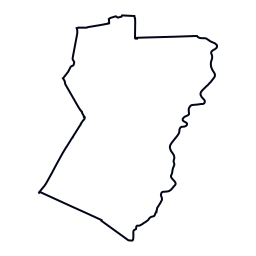 Amstelveen, Noord-Holland, Netherlands
{"feature_id": "6326949B86462259358438", "entity_name": "Amstelveen", "entity_type": "district", "adm_level": 2, "iso_a3": "NLD", "parent_name": "Netherlands", "parent_adm1": "Noord-Holland", "projection": "albers", "projection_center": [4.846, 52.286], "detail": "fine", "context": "isolated", "style": "outline", "palette": "ink", "viewbox_px": 256, "rotation_deg": 0, "n_neighbors": 0, "source": "geoboundaries", "source_scale": "gbopen_adm2", "svg_char_len": 5411}
<svg xmlns="http://www.w3.org/2000/svg" viewBox="0 0 256 256"><path d="M39.2,192.8L39.6,192.5L40.0,192.0L73.0,207.1L73.5,207.3L85.7,212.8L101.6,220.1L101.4,220.8L128.4,240.3L131.6,240.6L132.0,240.6L132.3,240.4L132.6,240.3L132.9,239.9L133.0,239.7L133.2,238.8L133.3,238.3L133.4,235.3L133.3,232.5L133.4,231.8L133.4,231.5L133.5,231.1L133.6,230.8L133.7,230.5L133.9,230.3L134.2,230.0L134.4,229.9L135.7,229.3L135.9,229.2L136.1,228.5L136.2,227.6L136.2,227.1L136.3,226.7L136.7,226.0L136.9,225.8L137.3,225.7L138.9,225.7L139.6,225.6L140.9,224.9L141.7,224.5L143.0,223.6L143.9,222.9L144.7,222.5L145.5,222.0L146.3,221.4L146.8,221.0L147.6,220.5L148.1,220.0L148.5,219.6L148.8,219.0L149.6,218.0L150.5,217.3L151.0,217.0L151.4,216.8L152.3,216.6L153.0,216.4L153.4,216.3L154.1,216.0L154.4,215.7L154.7,215.2L155.2,213.7L156.1,212.0L156.3,211.4L156.5,211.6L156.8,210.2L157.0,208.8L157.3,207.7L158.1,206.5L159.2,204.8L160.2,203.2L161.0,201.7L161.7,200.4L162.0,199.5L161.9,198.1L161.3,196.4L160.9,195.0L161.1,193.9L161.4,193.1L161.9,192.3L162.6,191.9L163.5,191.8L164.6,191.7L167.1,191.5L168.6,191.2L169.4,190.8L170.4,190.2L171.9,188.8L173.4,186.9L175.0,185.2L175.5,184.3L175.6,183.8L175.6,183.7L175.5,183.0L175.3,182.4L174.4,181.1L172.5,179.1L172.2,178.7L171.7,178.1L171.2,177.2L171.0,176.6L171.0,176.2L171.0,175.8L172.0,173.4L172.4,171.1L172.7,169.3L172.8,168.9L173.0,168.2L173.8,166.2L174.1,165.3L174.3,164.8L174.3,164.5L174.3,163.9L174.1,163.2L173.7,161.9L173.6,161.5L173.6,161.0L173.8,160.2L174.1,159.0L174.3,158.3L174.3,157.9L174.2,156.6L173.9,155.4L173.1,153.9L171.8,152.1L171.1,151.1L170.8,150.6L170.5,149.7L170.2,148.9L170.1,148.4L170.0,148.0L169.9,147.4L169.9,146.9L169.9,146.6L170.1,145.7L170.3,145.1L170.7,144.4L171.9,142.5L177.2,135.9L178.0,134.7L178.6,133.8L178.9,133.2L179.3,131.9L179.4,130.2L179.4,129.8L179.6,129.2L179.8,128.7L180.1,128.1L180.3,127.8L180.7,127.3L181.1,127.1L181.4,126.9L182.0,126.8L184.2,126.6L184.8,126.4L185.3,126.3L185.8,126.0L186.3,125.6L186.7,125.2L186.9,124.8L187.0,124.4L187.0,124.0L187.0,123.7L186.9,123.3L186.7,123.1L186.3,122.7L183.6,121.2L183.2,120.8L182.9,120.5L182.8,120.3L182.7,120.0L182.7,119.5L182.8,119.0L182.8,118.8L183.0,118.5L183.3,118.1L183.8,117.5L184.1,117.2L185.0,116.6L186.4,116.0L187.8,115.3L188.3,115.0L188.6,114.7L188.9,114.2L189.0,113.7L189.0,113.2L188.8,111.4L188.7,109.7L188.7,109.4L188.8,108.9L188.9,108.3L189.1,107.8L189.3,107.5L190.5,105.8L191.2,105.4L191.8,105.1L193.3,104.9L194.1,104.8L195.7,104.7L197.7,104.5L201.0,104.0L201.7,104.0L202.7,104.0L203.1,103.9L203.5,103.7L203.9,103.5L204.2,103.3L204.4,102.9L204.5,102.7L204.7,102.3L204.8,101.9L204.8,101.5L204.8,101.2L204.7,100.7L204.5,100.3L204.0,99.6L203.4,98.9L202.6,98.1L202.3,97.8L201.9,97.3L201.5,96.7L201.0,95.8L200.9,95.5L200.7,95.2L200.6,94.6L200.5,93.9L200.6,93.3L200.7,92.8L201.0,92.0L201.4,91.5L201.9,90.8L202.7,89.9L206.3,86.4L208.1,84.8L208.9,83.8L210.7,82.0L212.7,79.4L213.2,78.8L214.0,77.8L214.5,76.9L214.8,76.3L215.0,75.2L214.7,73.7L214.3,73.0L212.5,70.1L211.9,68.9L211.5,67.8L211.3,67.3L211.1,66.7L211.0,65.8L210.8,64.2L210.9,62.7L211.1,61.5L211.5,60.3L212.0,58.8L212.2,57.6L212.1,56.2L211.9,55.1L211.2,53.3L211.2,52.9L211.2,52.6L211.2,52.3L211.3,51.9L211.5,51.6L211.7,51.3L213.2,50.1L215.2,49.0L216.4,48.0L217.0,46.9L216.9,45.1L215.0,43.4L211.4,41.8L210.1,41.2L209.2,40.5L207.4,39.3L206.7,38.8L206.1,38.5L205.3,38.3L204.2,38.2L201.8,38.2L200.1,38.0L198.4,37.4L197.2,36.3L197.0,36.0L195.2,36.1L194.9,36.0L194.4,36.0L192.6,36.1L175.4,36.7L142.4,37.6L137.4,37.8L137.1,37.9L137.0,38.1L137.0,38.6L135.7,38.6L135.7,38.3L135.4,38.2L135.4,37.7L135.0,37.7L135.2,21.8L135.1,19.7L135.1,18.9L135.0,18.5L134.8,17.6L134.7,17.6L134.4,16.0L127.6,15.7L122.1,15.4L121.6,16.4L121.5,16.6L121.4,16.7L117.8,17.6L115.8,16.3L110.5,17.9L108.8,19.0L109.1,21.6L109.1,23.0L108.7,23.0L108.7,23.5L100.2,25.1L88.0,27.1L86.7,27.6L84.8,27.7L78.4,27.6L78.2,27.6L77.8,28.0L76.7,28.1L76.9,28.8L77.0,29.4L77.2,30.1L77.3,31.2L77.3,32.3L77.3,32.8L77.2,33.8L73.0,56.1L72.6,58.7L72.6,59.0L72.7,59.3L72.9,59.8L73.1,60.2L73.7,61.1L74.0,61.6L74.1,61.9L74.2,62.2L74.2,62.6L74.0,63.2L73.9,63.9L73.6,64.9L73.5,65.0L73.4,65.2L73.2,65.4L72.5,65.8L71.5,66.2L71.2,66.4L70.8,66.7L70.6,67.0L68.6,70.9L68.0,72.0L65.2,75.6L63.7,77.5L63.3,78.0L62.9,78.3L63.8,79.5L64.0,80.0L64.3,80.4L64.7,81.3L64.8,81.4L64.9,82.4L65.2,83.8L65.4,84.4L78.6,107.4L80.1,109.7L80.8,110.6L81.3,111.2L81.4,111.4L81.6,111.4L81.9,111.7L82.0,112.1L82.1,112.9L82.2,113.0L83.1,114.8L83.8,115.9L84.1,116.4L84.6,117.0L84.0,117.3L84.5,118.2L84.6,118.6L84.5,118.9L84.1,119.4L83.9,119.8L83.5,120.0L82.4,121.4L80.7,124.0L80.8,124.3L80.7,124.5L80.2,125.2L79.4,126.4L79.1,126.7L79.1,126.8L78.2,128.3L78.0,128.6L77.7,129.1L76.2,131.4L76.2,131.5L75.0,133.4L73.7,135.4L73.6,135.5L73.0,136.8L72.9,136.7L72.8,136.8L71.8,138.5L71.5,138.8L71.3,139.2L66.7,146.6L66.3,147.1L65.7,148.0L65.3,148.7L65.2,149.0L64.0,150.8L63.2,152.3L62.9,152.6L62.5,153.4L62.1,154.2L61.8,154.7L56.7,163.9L56.6,164.1L55.0,167.1L53.1,170.7L52.4,172.0L52.2,172.4L52.0,172.9L51.7,173.4L51.6,173.6L50.8,174.9L50.8,175.0L50.6,175.2L50.0,176.4L50.0,176.5L49.3,177.6L47.7,180.6L47.5,180.9L47.3,181.2L47.2,181.4L47.0,181.8L46.9,181.9L46.8,182.2L46.3,183.0L46.2,183.1L46.1,183.4L45.7,184.1L45.4,184.5L44.8,185.3L44.7,185.6L44.1,186.3L43.7,186.8L43.4,187.1L42.7,188.0L42.4,188.4L42.1,188.7L41.9,188.8L41.6,189.3L40.6,190.5L40.3,191.0L40.1,191.2L39.6,191.8L39.0,192.4L39.2,192.8Z" fill="none" stroke="#020617" stroke-width="2"/></svg>